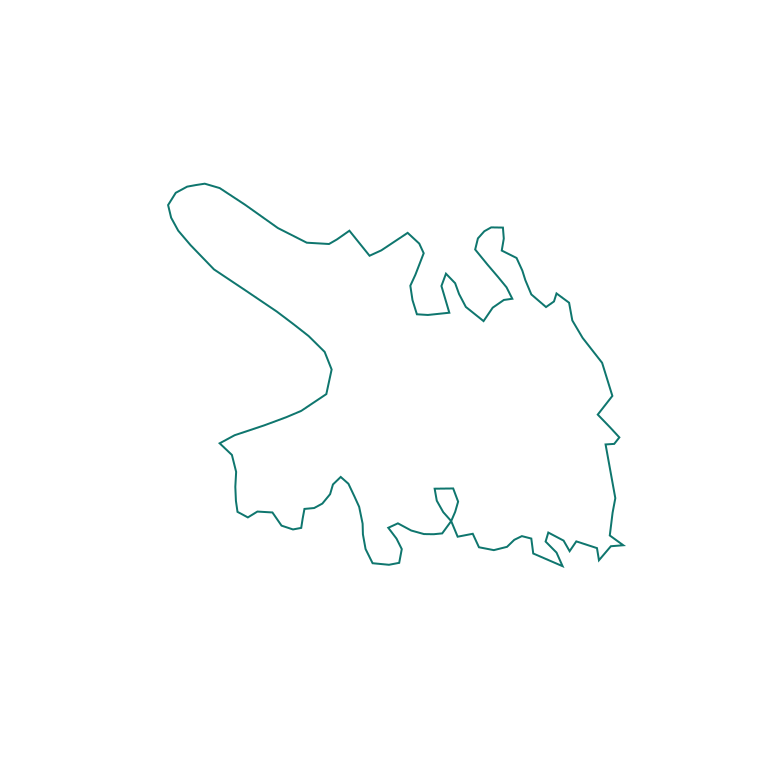 Porto Mauá, Rio Grande do Sul, Brazil (Equal Earth projection), rotated 316°
{"feature_id": "56859067B40873252146886", "entity_name": "Porto Mauá", "entity_type": "district", "adm_level": 2, "iso_a3": "BRA", "parent_name": "Brazil", "parent_adm1": "Rio Grande do Sul", "projection": "equal_earth", "projection_center": [-54.66, -27.584], "detail": "fine", "context": "isolated", "style": "outline", "palette": "teal", "viewbox_px": 768, "rotation_deg": 316, "n_neighbors": 0, "source": "geoboundaries", "source_scale": "gbopen_adm2", "svg_char_len": 1907}
<svg xmlns="http://www.w3.org/2000/svg" viewBox="0 0 768 768"><g transform="rotate(316 384 384)"><path d="M337.1,529.3L330.9,545.0L343.8,553.4L338.9,567.4L347.6,579.8L359.4,586.6L369.5,586.6L377.5,589.2L382.6,597.5L373.6,609.6L385.9,639.1L391.0,625.1L390.8,609.6L399.0,605.0L404.4,621.4L401.4,633.2L413.0,630.8L423.2,650.0L416.2,660.1L434.5,658.3L444.1,666.2L441.2,649.8L459.0,635.4L471.1,626.8L501.4,581.4L508.0,587.0L516.2,585.9L516.5,571.9L516.5,554.5L540.0,551.2L555.6,520.3L558.9,488.8L563.6,469.1L573.6,454.1L571.0,438.7L563.6,442.7L554.0,441.2L552.2,421.9L557.8,407.5L562.3,398.5L566.9,385.4L561.4,369.8L571.2,362.6L578.2,354.1L569.9,345.8L562.3,343.8L552.7,344.5L543.0,350.6L541.4,369.8L540.4,386.0L539.3,399.6L535.5,411.8L528.6,406.8L515.2,404.6L499.3,407.9L496.4,385.4L500.5,371.4L505.2,360.9L505.2,347.7L493.4,353.4L480.5,378.1L463.5,364.8L456.1,356.7L462.8,343.4L471.2,331.6L482.5,327.2L503.4,317.5L506.9,307.5L506.0,291.7L488.0,288.4L474.9,286.0L462.7,281.7L465.6,249.7L450.5,247.3L441.7,245.1L426.6,228.7L416.0,198.1L408.6,158.7L401.9,128.9L394.2,115.4L387.0,110.3L379.5,105.3L367.0,101.8L353.0,105.3L346.4,116.5L342.5,130.7L341.3,149.7L341.3,183.4L346.3,206.4L349.2,219.7L357.2,257.4L360.3,277.1L363.1,297.2L363.6,319.7L356.4,337.2L335.5,351.2L305.7,345.8L290.9,340.1L269.0,330.5L241.0,317.1L224.6,312.5L225.3,329.4L216.6,344.5L205.6,354.7L196.3,365.2L189.8,374.2L193.4,385.4L204.3,387.8L214.5,398.9L211.9,414.7L217.5,425.4L224.5,430.0L232.0,424.3L240.0,418.6L247.6,424.7L256.6,427.2L268.7,425.8L277.5,420.8L288.3,420.8L289.1,431.1L284.6,444.4L280.8,455.1L271.6,469.6L264.4,477.5L256.1,489.9L251.3,505.0L262.0,517.5L270.7,523.2L282.1,515.1L285.6,503.9L287.2,490.4L297.2,493.9L301.8,508.3L308.5,519.7L315.3,526.5L322.1,531.9L337.1,529.3ZM337.1,529.3L337.6,517.3L340.9,504.6L347.7,494.5L361.2,507.2L355.6,520.1L346.4,525.4L337.1,529.3Z" fill="none" stroke="#0f766e" stroke-width="2"/></g></svg>